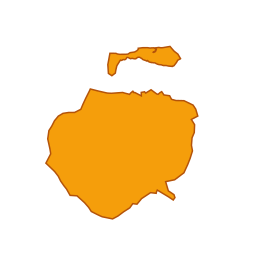 Nembe, Bayelsa, Nigeria, rotated 294°
{"feature_id": "59680162B49362321791702", "entity_name": "Nembe", "entity_type": "district", "adm_level": 2, "iso_a3": "NGA", "parent_name": "Nigeria", "parent_adm1": "Bayelsa", "projection": "orthographic", "projection_center": [6.44, 4.512], "detail": "fine", "context": "isolated", "style": "filled", "palette": "amber", "viewbox_px": 256, "rotation_deg": 294, "n_neighbors": 0, "source": "geoboundaries", "source_scale": "gbopen_adm2", "svg_char_len": 3792}
<svg xmlns="http://www.w3.org/2000/svg" viewBox="0 0 256 256"><g transform="rotate(294 128 128)"><path d="M42.9,102.5L45.3,109.0L42.1,118.7L39.5,124.3L36.8,128.4L36.5,134.4L36.4,137.9L36.4,140.5L38.7,150.9L43.6,154.7L49.7,158.1L55.8,162.1L60.8,163.1L62.1,167.2L69.0,169.1L78.1,174.9L79.8,180.3L81.1,180.0L83.2,180.0L81.6,193.0L80.6,198.6L83.5,199.2L85.8,197.1L87.0,190.4L94.3,184.2L99.7,191.7L105.1,194.7L106.4,195.4L109.8,197.3L119.0,197.4L125.6,197.1L133.3,196.2L138.0,193.0L145.1,190.5L150.8,190.4L158.1,187.5L161.6,182.4L167.3,186.9L172.8,182.2L175.4,178.1L175.7,168.0L172.6,160.6L171.9,156.1L174.4,152.9L172.8,147.4L174.9,144.0L173.4,142.9L171.0,141.8L170.8,140.3L172.3,133.5L168.3,130.8L167.1,129.9L167.8,128.4L165.9,125.6L162.8,127.1L163.2,119.7L162.7,119.0L163.0,118.2L163.5,117.8L163.6,117.5L163.1,117.2L160.8,116.1L159.3,115.7L159.2,114.6L158.5,110.5L158.3,108.7L153.0,98.8L152.6,97.8L151.9,96.0L151.4,94.5L149.8,86.4L148.3,77.7L146.4,77.7L138.1,77.3L131.5,77.2L125.9,77.3L120.5,72.9L118.0,67.4L117.8,67.1L114.9,62.6L112.0,60.6L111.8,60.4L110.5,59.5L105.1,58.0L104.8,57.9L98.8,57.6L95.4,57.1L93.5,56.8L85.4,59.1L77.4,65.0L74.4,67.0L72.9,67.9L62.5,67.3L58.4,78.7L55.6,83.9L52.1,88.1L49.2,92.9L47.2,96.7L42.9,102.5ZM219.6,133.2L215.6,127.2L214.7,125.5L214.1,123.3L212.6,120.9L211.9,119.5L211.9,120.6L211.9,121.0L211.7,121.5L211.4,121.7L211.3,121.9L209.5,122.0L209.2,121.9L209.0,121.7L208.6,121.6L208.2,121.5L208.1,121.3L207.9,120.8L207.8,120.7L207.5,120.6L207.4,120.4L207.4,120.2L207.7,120.2L207.9,120.3L208.1,120.4L208.2,120.6L208.3,120.7L208.5,121.0L209.1,121.3L209.4,121.5L209.6,121.6L211.2,121.6L211.3,121.5L211.4,121.3L211.5,121.1L211.7,118.9L210.8,117.0L210.0,115.6L209.3,113.1L207.3,108.7L205.0,104.9L204.1,105.4L202.2,104.7L200.1,103.1L197.7,99.3L195.5,97.9L194.5,96.1L191.9,90.4L191.3,88.3L191.3,86.6L188.9,81.1L177.7,83.8L169.9,87.9L169.2,92.0L173.0,94.1L176.1,93.3L180.3,92.5L186.8,93.4L187.0,93.6L186.9,93.9L186.9,94.0L187.0,94.4L187.1,94.5L187.3,94.8L187.5,94.9L187.8,95.1L187.9,95.3L188.2,95.4L188.3,95.6L188.6,95.8L188.7,96.1L188.8,96.6L189.0,97.1L189.1,97.3L189.3,97.5L189.5,97.6L189.7,97.8L189.9,97.9L190.0,98.0L191.9,98.3L192.1,98.4L192.2,98.7L192.3,98.9L192.4,99.3L192.4,100.6L192.3,101.8L192.3,102.1L192.6,102.4L192.7,102.6L192.8,102.7L193.0,103.0L193.3,103.6L193.5,104.0L193.5,104.3L193.6,104.8L193.7,105.4L193.9,105.9L194.0,106.2L194.1,106.5L194.3,106.7L194.5,106.8L194.6,107.1L194.9,107.2L195.2,107.4L195.3,107.5L195.5,107.6L195.8,107.7L196.1,107.9L196.4,108.1L196.7,108.4L196.8,108.7L197.0,108.9L197.1,109.2L197.2,109.4L197.3,109.8L197.3,110.3L197.2,110.7L197.1,111.6L197.0,112.5L196.8,113.1L196.7,113.3L196.6,113.6L196.6,113.8L196.6,114.2L196.7,115.5L196.8,116.2L196.8,117.9L197.1,117.9L197.2,118.0L197.3,118.1L197.5,118.2L197.5,118.8L197.3,119.1L197.1,119.4L197.0,119.7L197.0,120.8L197.0,121.0L197.1,121.6L197.2,121.9L197.2,122.4L197.3,122.4L197.5,122.9L197.6,123.5L197.7,123.9L197.9,124.5L198.0,125.0L198.3,125.6L198.4,126.1L198.4,126.9L198.3,127.4L198.3,127.7L198.3,127.8L198.3,129.2L198.4,129.6L198.4,129.8L198.5,130.4L198.6,130.9L198.8,131.3L198.9,131.6L199.0,132.0L199.3,132.7L199.3,132.9L199.3,133.8L199.4,134.3L199.5,135.1L199.7,135.3L199.8,135.7L199.9,136.0L200.1,136.2L200.2,136.4L200.3,136.9L200.4,137.0L200.6,137.5L200.7,137.9L200.8,138.6L201.0,139.3L201.1,139.9L201.2,140.4L201.4,140.8L201.5,140.9L201.6,141.3L201.7,141.8L201.9,142.3L202.0,142.7L202.1,143.0L202.3,143.1L202.4,143.4L202.4,143.5L202.5,143.5L202.8,143.7L202.9,144.0L203.0,144.1L203.2,144.4L203.5,144.5L203.9,144.8L204.6,144.9L205.1,145.0L205.7,145.2L206.1,145.3L206.8,145.4L207.3,145.6L208.2,145.7L209.6,145.8L210.0,145.8L210.8,146.4L211.8,147.1L212.1,147.5L212.7,147.8L215.8,143.5L216.9,139.0L218.3,135.9L219.6,133.2Z" fill="#f59e0b" stroke="#b45309" stroke-width="1.5"/></g></svg>